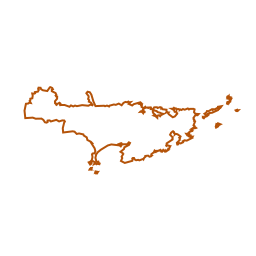 Corca Dhuibhne Lea-3, Kerry, Ireland (Albers equal-area conic projection), rotated 191°
{"feature_id": "5873133B90266849375515", "entity_name": "Corca Dhuibhne Lea-3", "entity_type": "district", "adm_level": 2, "iso_a3": "IRL", "parent_name": "Ireland", "parent_adm1": "Kerry", "projection": "albers", "projection_center": [-10.264, 52.188], "detail": "fine", "context": "isolated", "style": "outline", "palette": "amber", "viewbox_px": 256, "rotation_deg": 191, "n_neighbors": 0, "source": "geoboundaries", "source_scale": "gbopen_adm2", "svg_char_len": 5864}
<svg xmlns="http://www.w3.org/2000/svg" viewBox="0 0 256 256"><g transform="rotate(191 128 128)"><path d="M230.7,118.1L223.5,120.0L220.4,119.5L214.7,120.7L212.6,119.8L210.7,117.8L209.1,117.7L208.1,118.4L208.4,119.9L208.1,120.1L206.3,120.5L205.0,119.7L199.9,122.3L196.9,121.3L194.0,122.9L192.0,123.2L191.2,122.3L191.7,121.1L192.0,115.4L190.8,111.2L181.7,114.2L179.8,114.2L177.2,112.4L175.0,113.3L170.6,113.2L170.0,112.2L166.7,110.9L165.6,108.5L161.8,107.4L160.0,106.1L160.5,105.7L162.3,107.4L156.9,101.7L155.6,99.0L156.1,96.7L157.9,96.2L158.3,95.3L157.3,92.7L157.4,89.6L158.7,87.6L160.0,86.8L158.2,84.9L157.1,86.0L157.9,86.8L157.7,87.5L155.7,88.7L153.9,88.0L154.3,86.2L153.2,87.1L152.1,86.4L151.3,87.0L149.2,87.0L149.1,87.8L150.1,88.1L150.7,89.3L151.8,88.7L152.6,89.1L154.3,92.5L154.2,95.9L153.1,98.4L150.5,101.5L144.5,107.0L141.2,108.7L133.0,109.3L131.6,108.6L131.2,109.6L132.5,109.4L134.1,110.4L131.9,111.8L132.0,112.5L131.2,111.2L130.0,111.0L125.7,111.9L124.4,114.1L123.2,113.7L123.8,111.6L127.9,108.3L127.9,106.7L130.8,103.2L127.7,102.0L127.4,102.4L128.8,98.6L127.9,97.4L128.6,94.3L124.5,93.1L117.5,96.6L117.5,97.7L118.0,98.9L117.5,99.5L116.4,99.7L115.4,98.4L113.9,97.9L111.9,98.7L110.7,98.4L107.1,100.6L106.8,100.3L106.5,101.7L105.4,103.1L105.7,103.7L105.0,104.1L102.9,104.7L101.5,103.9L100.1,104.5L99.5,105.3L99.9,105.3L100.1,106.7L98.0,109.1L97.6,110.9L96.5,110.3L96.6,111.6L96.0,110.5L95.6,110.7L95.7,110.2L92.2,112.6L91.9,111.9L91.0,112.2L90.8,111.2L90.0,111.2L89.2,113.2L88.1,112.4L87.5,113.0L87.2,111.9L86.4,112.0L85.2,113.2L85.6,113.1L84.5,115.3L83.7,115.7L83.3,117.4L83.8,117.9L83.4,118.3L86.0,118.6L87.0,117.9L87.7,118.6L86.9,118.1L87.1,120.3L82.3,125.0L82.6,125.2L82.2,126.1L82.4,127.3L85.4,129.4L84.8,131.5L83.4,133.3L83.9,133.8L82.1,132.8L81.9,131.8L80.8,131.3L80.8,130.6L80.2,131.4L78.2,131.3L74.8,129.7L75.0,128.9L75.8,128.2L74.9,127.3L75.2,126.4L75.0,125.9L77.2,122.8L76.5,121.2L75.9,121.3L75.0,123.0L73.4,122.9L71.2,124.5L70.9,125.5L71.4,125.7L70.2,126.7L67.9,126.8L62.9,130.7L63.3,131.1L63.0,131.8L65.5,131.1L66.6,131.4L66.1,132.2L66.8,132.0L66.2,132.4L66.8,132.5L65.5,133.6L68.5,132.2L69.7,133.4L67.7,133.6L67.1,134.7L67.6,134.9L66.7,136.2L65.0,137.0L65.5,137.3L64.4,138.2L64.8,138.4L64.5,139.1L65.5,139.1L63.9,140.7L63.5,140.2L61.7,140.8L61.9,141.2L61.6,141.3L62.9,142.0L63.0,142.6L64.2,143.1L63.4,147.2L64.4,147.5L64.2,148.3L65.1,148.9L64.7,150.0L65.2,149.5L65.7,150.3L64.3,153.5L62.2,153.8L61.3,155.2L64.6,154.8L66.2,156.1L66.2,159.0L67.3,159.3L70.9,158.6L71.7,157.8L73.0,158.6L75.8,156.8L77.7,157.1L78.9,155.9L80.0,156.2L80.7,155.5L80.8,156.1L82.6,156.2L83.8,155.3L84.8,156.4L85.7,156.0L86.8,156.6L87.6,155.5L88.8,155.2L86.3,154.4L85.3,152.8L83.7,153.2L82.8,151.2L82.7,152.6L82.4,151.5L84.2,148.3L86.1,147.1L90.6,149.3L91.5,150.2L91.1,151.0L93.2,150.7L92.8,151.3L93.5,152.0L93.7,153.3L97.8,153.0L98.8,154.2L99.2,153.7L99.4,154.3L100.5,154.6L102.8,153.3L103.5,153.9L106.2,153.3L106.9,151.6L105.7,150.2L103.1,150.1L102.1,149.3L98.7,149.0L97.7,148.2L96.8,148.7L96.3,148.5L96.2,148.6L95.9,148.6L98.1,146.9L98.7,145.7L99.9,146.5L101.5,145.7L101.2,143.6L103.2,144.8L103.2,145.5L103.6,145.8L103.4,145.0L104.0,145.0L104.0,145.6L104.1,145.0L104.7,145.1L104.2,145.4L104.6,145.6L104.3,146.4L105.6,146.9L106.8,148.6L106.7,150.0L107.4,150.9L109.2,150.9L109.0,151.9L109.6,152.6L111.9,151.5L112.5,151.6L112.3,151.9L114.4,151.4L115.1,152.1L115.5,151.6L115.1,150.9L116.7,149.4L116.7,148.6L116.6,147.5L115.2,147.5L114.7,147.0L114.8,146.6L115.9,146.4L116.0,145.5L117.2,146.5L118.6,146.4L118.8,145.6L118.8,146.3L119.1,146.2L118.8,146.7L117.3,147.3L116.5,150.6L118.6,151.2L118.7,152.7L119.3,152.7L118.9,153.9L120.9,153.8L119.8,155.0L120.8,155.6L126.9,152.5L128.2,150.9L131.9,151.8L130.5,153.8L131.6,153.4L132.7,154.0L133.8,153.1L135.5,153.1L137.2,151.8L138.6,149.1L141.7,150.2L144.4,148.4L146.3,148.4L150.4,146.4L150.7,145.5L152.9,146.0L154.7,145.0L155.7,145.3L164.1,143.3L167.0,147.4L170.3,153.7L172.3,155.8L174.6,155.9L175.5,154.2L172.8,151.8L172.5,150.7L172.7,148.9L171.4,147.9L171.5,146.4L169.4,145.9L166.6,143.3L169.0,143.9L171.2,142.3L177.4,141.7L182.3,139.7L184.3,139.9L185.9,138.7L188.3,139.3L189.5,137.7L194.7,138.5L198.6,137.7L198.4,136.9L199.2,137.8L199.0,139.1L200.1,139.7L202.1,138.0L202.9,136.2L202.5,137.5L203.3,136.7L203.0,137.4L203.5,138.4L204.3,138.4L204.8,140.3L203.2,143.2L203.5,145.2L204.4,145.2L205.2,146.0L204.6,146.8L205.8,148.5L209.8,149.6L210.1,151.0L209.1,151.7L210.0,152.8L211.9,153.3L212.5,153.0L214.3,148.9L218.8,148.8L220.7,149.5L221.5,150.8L223.5,150.5L223.7,149.2L222.8,148.4L223.4,146.5L226.2,145.5L225.8,144.4L226.4,143.9L228.6,143.6L227.7,141.6L227.6,138.9L229.5,138.1L229.2,136.7L229.7,135.9L228.2,134.0L229.8,134.0L230.6,133.0L232.8,132.3L232.9,125.3L230.7,118.1ZM48.4,159.0L43.0,162.8L42.8,163.8L42.2,164.0L41.9,165.1L41.2,165.3L40.3,167.3L43.7,166.0L43.6,165.3L46.3,162.9L47.5,162.8L48.3,161.8L49.1,162.5L52.2,159.8L53.7,159.7L54.1,158.1L55.6,156.6L54.4,156.0L53.6,154.4L53.0,154.4L52.6,154.9L52.9,154.8L52.5,155.1L52.4,155.6L52.8,155.2L52.4,156.9L51.9,156.8L51.0,158.2L48.4,159.0ZM39.9,147.7L37.9,149.3L40.6,149.8L41.0,148.7L42.0,148.8L42.1,146.0L41.6,145.2L40.8,145.9L41.3,146.2L39.8,147.0L39.9,147.7ZM33.7,175.8L33.2,175.0L32.6,175.1L32.2,176.4L33.0,176.2L33.0,176.7L33.3,176.7L33.0,177.0L33.3,176.9L33.0,177.7L35.0,177.8L35.2,178.6L35.6,177.9L36.3,178.0L36.6,177.2L35.6,176.4L35.9,175.9L33.7,175.8ZM33.6,172.5L32.6,173.4L32.7,174.2L35.5,172.3L35.5,170.8L34.5,170.6L34.4,171.7L33.8,171.6L33.6,172.5ZM25.0,165.3L23.7,165.5L23.1,166.4L23.7,166.2L24.2,166.8L25.7,165.9L25.0,165.3ZM155.9,81.9L156.9,81.6L157.0,80.6L156.1,80.3L155.9,81.9ZM55.4,152.0L54.9,153.0L55.5,153.6L56.1,152.7L56.6,152.9L56.5,152.4L55.4,152.0ZM150.2,79.2L151.6,79.2L151.7,78.1L150.2,79.2ZM149.4,78.4L150.3,77.8L150.4,77.4L149.7,77.5L149.4,78.4ZM157.0,80.0L157.7,80.2L157.8,79.8L157.0,80.0Z" fill="none" stroke="#b45309" stroke-width="2"/></g></svg>